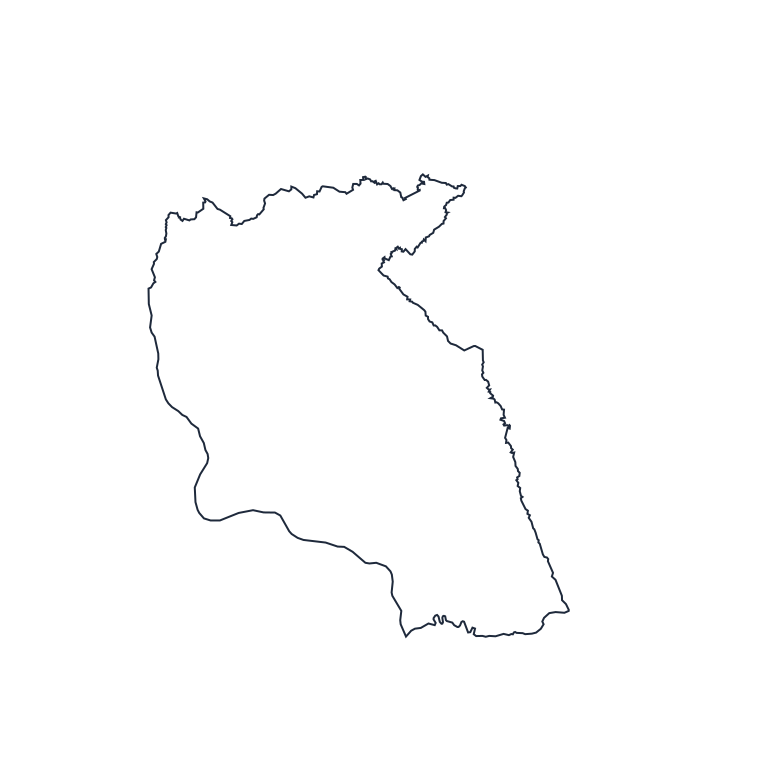 outline of Puerto Berrío, Antioquia, Colombia, rotated 118°
{"feature_id": "7082276B36153632793263", "entity_name": "Puerto Berrío", "entity_type": "district", "adm_level": 2, "iso_a3": "COL", "parent_name": "Colombia", "parent_adm1": "Antioquia", "projection": "orthographic", "projection_center": [-74.62, 6.504], "detail": "fine", "context": "isolated", "style": "outline", "palette": "slate", "viewbox_px": 768, "rotation_deg": 118, "n_neighbors": 0, "source": "geoboundaries", "source_scale": "gbopen_adm2", "svg_char_len": 6166}
<svg xmlns="http://www.w3.org/2000/svg" viewBox="0 0 768 768"><g transform="rotate(118 384 384)"><path d="M381.5,239.5L381.0,241.6L379.2,242.8L377.4,246.8L378.7,248.6L376.0,249.6L374.7,251.8L364.7,254.2L364.4,252.1L361.7,253.2L361.4,254.0L362.6,254.3L362.5,255.9L364.3,258.4L363.6,259.5L361.8,258.7L360.3,260.6L360.9,264.4L359.4,264.6L357.0,261.4L355.1,263.9L350.3,266.0L351.0,267.8L348.7,270.6L347.4,274.1L347.3,276.1L348.1,277.0L345.8,279.0L345.5,280.3L346.6,283.4L344.2,281.9L343.1,282.2L342.3,285.9L341.2,286.4L341.6,287.9L339.1,287.8L339.8,288.7L339.1,291.4L335.8,290.5L333.0,293.2L332.5,295.9L333.2,297.0L331.3,300.7L329.5,302.0L327.5,301.5L325.9,303.6L322.0,304.9L320.8,306.4L318.0,306.2L316.8,307.7L307.5,312.9L307.6,321.3L308.4,322.6L316.7,328.9L316.0,338.6L317.0,344.2L315.9,347.7L312.4,350.7L310.8,355.9L309.4,357.9L310.6,360.3L308.6,363.9L308.2,366.2L309.0,367.6L306.9,370.3L307.4,373.1L306.0,375.6L304.0,376.7L304.0,379.3L300.7,381.4L299.9,383.2L298.3,391.4L298.7,396.7L298.1,397.7L298.9,400.2L297.1,400.6L298.4,403.3L295.9,404.2L295.8,408.9L292.8,415.2L291.5,415.4L291.4,416.4L293.0,417.3L291.1,421.4L290.5,425.3L288.9,428.2L288.9,430.1L287.5,431.2L288.4,435.3L286.1,442.3L284.4,442.4L281.3,441.0L278.7,442.6L276.6,441.1L275.8,442.3L274.9,442.1L274.8,443.7L273.9,444.1L271.8,443.1L272.8,442.4L272.4,437.9L268.5,438.1L267.7,437.1L266.0,439.1L264.5,438.7L264.1,439.4L261.0,436.9L259.0,437.5L259.1,436.3L258.1,437.1L256.3,436.3L257.4,434.4L256.3,433.8L257.1,433.2L256.6,431.5L258.6,430.6L258.1,429.0L254.8,428.3L257.1,421.7L256.5,419.8L252.5,419.1L250.3,420.2L247.4,419.6L247.6,418.4L242.2,418.0L241.4,416.9L240.5,417.4L239.2,416.4L237.7,416.7L238.4,414.4L235.0,415.9L232.5,413.6L230.9,413.6L227.4,411.5L224.2,412.2L219.3,409.3L215.5,408.1L214.4,406.8L212.1,407.9L208.6,407.1L208.0,408.6L205.0,408.1L203.6,408.8L202.7,408.2L203.4,410.3L201.3,410.8L200.0,412.6L200.6,413.6L199.1,414.1L196.8,413.2L194.5,413.7L193.5,412.3L190.5,411.9L188.6,409.1L186.8,410.0L186.1,408.3L183.0,406.9L181.9,403.9L181.1,403.6L177.4,403.3L176.4,404.1L173.1,404.5L172.1,404.0L171.3,405.6L171.7,409.1L173.4,409.5L174.6,411.8L177.0,411.1L177.6,412.4L177.9,414.3L176.9,415.3L177.6,416.6L177.3,421.0L178.5,422.2L177.5,423.8L179.2,427.4L180.3,435.2L182.3,439.8L181.1,440.6L180.8,442.7L179.4,443.1L181.6,444.6L180.7,448.1L183.1,449.0L187.2,448.5L187.5,445.5L186.7,443.6L188.5,442.3L189.4,445.3L191.6,446.0L192.9,447.3L194.4,447.2L194.8,446.2L196.7,445.4L196.9,444.6L195.9,443.6L196.4,443.3L209.9,452.8L210.5,451.6L212.6,453.1L210.8,455.4L210.9,456.5L207.3,459.5L206.7,463.1L207.9,465.7L206.6,466.5L207.7,467.1L207.0,467.8L208.0,468.6L206.2,471.2L205.7,474.7L207.5,478.6L206.7,479.7L208.8,480.0L209.7,481.6L209.3,483.0L211.0,483.8L208.5,486.7L209.3,487.3L210.0,486.2L210.8,486.6L210.4,489.5L211.1,490.5L209.9,492.3L210.2,494.9L211.9,496.4L209.8,497.2L209.7,497.8L211.2,499.6L213.5,498.0L215.0,500.7L218.1,498.8L220.4,499.3L220.1,501.9L221.8,505.1L225.4,504.2L227.1,502.5L233.6,506.4L232.8,508.2L235.1,513.6L234.5,520.9L238.2,530.9L239.2,531.6L244.3,531.3L245.2,533.5L247.9,532.3L249.9,534.5L252.4,533.9L253.4,538.1L256.4,540.8L254.4,545.7L252.7,554.2L253.2,558.5L255.7,557.2L258.5,558.4L260.2,566.5L266.8,569.0L269.2,570.6L270.9,574.3L276.4,576.6L278.4,575.9L280.4,573.8L285.1,573.1L286.2,572.2L292.8,573.7L293.1,574.9L294.7,575.3L296.6,574.7L299.6,577.0L300.3,578.9L302.3,579.8L305.6,583.9L309.5,584.7L310.5,587.3L313.2,588.5L315.3,593.5L312.3,593.9L311.8,595.4L309.7,595.2L309.2,596.2L309.7,597.9L308.0,598.5L307.1,610.7L307.6,613.2L304.3,620.6L304.6,623.6L303.9,626.8L304.7,630.2L306.6,627.3L307.6,627.2L308.7,628.8L314.1,625.8L320.0,628.9L320.4,630.1L325.1,628.2L327.5,628.8L329.5,632.0L330.9,632.6L332.0,638.2L334.6,638.5L334.3,640.8L333.0,642.0L333.2,642.8L332.5,642.7L332.6,644.2L330.1,646.9L331.1,647.6L332.9,652.9L336.0,653.6L337.9,652.5L341.7,653.5L343.4,651.8L345.3,651.7L345.8,650.5L347.9,650.4L348.4,649.4L350.5,649.0L353.3,646.8L356.0,645.9L358.0,646.1L359.3,645.2L358.8,644.5L361.1,643.8L364.9,646.6L372.8,645.0L376.1,646.1L378.3,643.8L380.4,643.3L384.4,644.5L385.9,643.5L391.7,643.1L397.3,636.4L400.4,635.7L401.2,633.8L403.4,634.9L408.1,635.0L410.3,636.7L423.8,629.2L432.6,621.3L443.9,617.1L447.7,613.3L449.9,608.8L463.1,597.6L468.1,594.8L476.3,592.3L478.4,590.1L482.6,587.5L500.0,569.4L502.3,565.3L503.9,560.3L504.5,552.9L506.0,547.6L505.8,542.9L509.4,535.5L510.6,527.2L516.5,521.9L520.7,515.4L526.1,510.7L528.6,506.9L531.9,504.4L536.9,503.0L550.1,503.9L564.2,502.5L576.8,495.0L582.6,489.5L584.6,486.6L587.2,479.9L585.9,473.0L581.5,464.8L566.1,451.8L556.9,440.4L553.9,430.0L548.7,419.9L548.8,413.8L558.5,398.6L559.8,395.1L560.4,388.0L559.5,381.9L551.4,361.1L549.3,348.6L546.5,342.7L546.9,332.9L550.6,316.5L549.3,312.6L545.5,306.9L544.1,296.7L546.4,290.3L548.6,287.6L554.4,283.5L564.5,279.4L567.1,277.2L576.2,262.2L584.9,258.8L588.3,256.5L596.7,246.0L589.1,244.2L585.5,241.8L582.1,237.0L574.6,232.3L573.1,226.0L570.7,226.2L568.6,229.7L567.4,230.3L564.5,230.0L563.0,228.7L563.7,226.7L567.8,223.1L568.7,220.7L568.2,220.0L566.6,220.1L563.1,222.7L561.5,223.0L560.6,222.3L560.4,220.9L563.4,218.5L563.8,217.2L562.6,211.7L564.0,208.8L564.1,205.1L563.5,204.1L561.5,203.5L557.8,203.9L556.5,203.1L556.3,201.7L563.9,193.1L562.6,191.3L557.6,191.5L557.2,188.8L562.8,187.3L563.3,184.3L560.2,178.8L559.4,175.5L557.0,172.8L554.4,167.1L548.5,161.1L547.1,155.8L545.0,154.2L544.5,152.7L542.4,152.7L541.4,151.8L541.5,150.1L538.9,144.6L538.6,141.9L535.0,136.2L532.1,133.0L526.5,130.6L521.2,130.3L519.4,132.7L515.3,132.9L508.7,130.5L504.8,125.4L501.3,117.3L497.7,114.4L496.7,114.8L492.9,120.0L491.3,125.3L487.5,127.5L476.4,140.6L475.2,145.4L471.4,146.1L463.5,156.1L461.5,156.8L460.7,158.7L461.4,161.2L459.9,163.7L451.9,171.5L451.4,173.3L449.3,174.1L449.0,175.6L444.1,180.3L441.7,183.1L441.4,184.5L436.4,189.1L434.2,193.4L431.4,193.6L431.3,196.4L428.3,197.5L428.0,200.3L422.5,208.0L420.6,209.6L418.7,208.7L418.5,210.5L414.9,213.8L411.9,214.9L411.3,218.1L408.2,219.0L406.8,222.0L405.4,221.3L404.0,222.6L401.7,221.3L398.7,222.5L398.0,224.8L396.2,226.0L394.6,229.4L391.3,231.4L387.8,235.7L383.4,236.9L384.8,238.5L384.9,240.0L381.5,239.5Z" fill="none" stroke="#1e293b" stroke-width="2"/></g></svg>